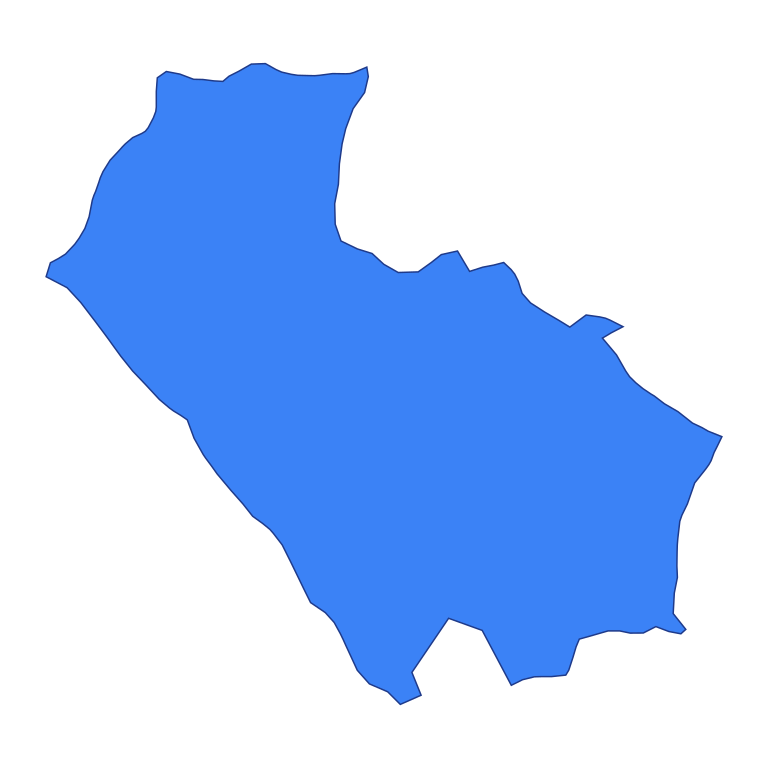 Kitutu Chache South, Nyanza, Kenya
{"feature_id": "3690345B32421349480810", "entity_name": "Kitutu Chache South", "entity_type": "district", "adm_level": 2, "iso_a3": "KEN", "parent_name": "Kenya", "parent_adm1": "Nyanza", "projection": "mercator", "projection_center": [34.755, -0.617], "detail": "fine", "context": "isolated", "style": "filled", "palette": "blue", "viewbox_px": 768, "rotation_deg": 0, "n_neighbors": 0, "source": "geoboundaries", "source_scale": "gbopen_adm2", "svg_char_len": 2285}
<svg xmlns="http://www.w3.org/2000/svg" viewBox="0 0 768 768"><path d="M387.7,691.8L400.3,704.4L421.1,695.2L411.9,672.4L448.6,618.3L482.2,630.4L511.3,685.3L522.6,679.7L534.4,676.8L541.5,676.6L551.5,676.6L565.8,675.1L568.8,670.1L573.0,657.2L576.1,646.8L579.3,639.1L593.5,635.1L608.1,630.9L619.6,630.9L625.4,632.1L630.2,633.1L643.3,633.0L655.9,626.6L668.8,631.5L680.9,633.8L685.8,629.4L673.2,613.6L674.3,593.1L677.4,577.4L676.9,565.9L677.1,551.7L677.3,544.9L677.8,538.6L679.8,521.3L681.9,515.2L687.4,503.9L692.7,488.7L694.7,482.9L705.6,469.2L708.9,464.6L711.1,460.7L714.1,452.5L716.9,447.0L721.9,436.7L708.2,431.2L702.0,427.6L692.5,423.1L677.9,411.6L664.3,403.7L654.3,396.0L650.6,393.8L642.9,388.6L635.8,382.8L629.5,376.6L625.7,371.0L616.5,354.9L602.4,338.1L611.3,332.8L623.0,326.7L610.0,320.1L605.5,318.2L599.7,316.9L586.1,315.0L569.8,327.1L559.1,320.5L544.4,311.9L530.5,302.9L522.1,293.4L518.2,281.1L514.7,274.1L511.2,269.7L503.7,262.5L493.7,265.1L482.7,267.2L469.6,271.4L457.5,251.0L441.3,254.6L431.3,262.5L418.2,271.9L398.2,272.5L383.8,264.3L372.1,253.5L357.3,248.9L341.0,241.0L335.2,224.2L334.7,203.7L338.4,184.3L339.4,163.8L342.1,143.9L345.7,128.7L353.1,108.7L364.6,92.5L368.3,76.6L366.8,67.1L362.1,69.1L353.9,72.5L349.9,73.6L345.7,73.8L332.6,73.6L319.5,75.3L314.8,75.7L309.0,75.6L297.7,75.3L291.2,74.3L281.7,72.1L276.1,69.6L265.4,63.6L251.3,64.1L238.9,71.2L229.0,76.2L222.9,81.4L214.0,80.9L202.9,79.5L193.6,79.3L179.9,74.1L166.3,71.5L162.6,74.1L157.3,77.8L156.3,91.4L156.3,107.1L155.8,111.4L153.4,117.8L148.2,127.7L145.3,131.3L141.9,133.4L132.7,137.6L125.6,143.6L122.7,146.5L119.5,150.1L110.1,160.2L103.0,171.6L100.2,178.0L98.9,182.1L95.6,191.5L93.9,195.4L92.3,200.2L89.1,216.8L84.9,228.4L79.2,238.1L74.8,244.2L65.5,254.1L58.1,258.7L50.4,262.8L46.1,276.7L67.1,287.7L80.7,302.4L94.3,320.2L102.2,330.7L108.5,339.2L112.2,344.4L121.0,356.5L132.7,371.1L145.3,384.3L159.4,399.5L169.6,408.1L173.6,411.0L180.8,415.4L187.3,419.9L194.1,438.3L203.2,454.5L205.7,458.2L211.3,465.7L217.2,474.0L231.3,490.8L242.9,503.9L252.7,516.3L262.7,523.5L269.9,529.4L273.3,533.3L282.2,544.9L290.6,561.7L298.0,576.9L303.8,588.9L310.6,602.6L325.3,612.6L334.2,622.5L340.3,633.6L343.1,639.4L345.9,645.6L351.5,657.7L357.3,670.3L369.4,683.9L387.7,691.8Z" fill="#3b82f6" stroke="#1e3a8a" stroke-width="1.5"/></svg>